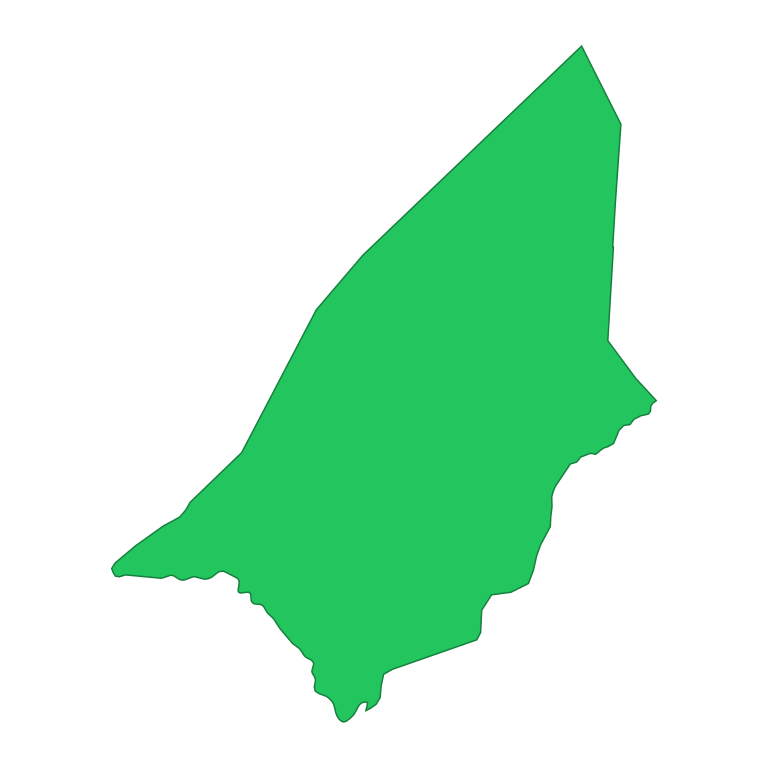 SVG path tracing the border of Brakna
{"feature_id": "MRT-2784", "entity_name": "Brakna", "entity_type": "Region", "adm_level": 1, "iso_a3": "MRT", "parent_name": "Mauritania", "parent_adm1": "", "projection": "equal_earth", "projection_center": [-13.723, 17.338], "detail": "fine", "context": "isolated", "style": "filled", "palette": "green", "viewbox_px": 768, "rotation_deg": 0, "n_neighbors": 0, "source": "natural_earth", "source_scale": "10m", "svg_char_len": 1895}
<svg xmlns="http://www.w3.org/2000/svg" viewBox="0 0 768 768"><path d="M119.2,576.8L115.4,576.1L113.2,572.5L111.7,568.5L115.1,563.0L135.3,546.0L163.6,525.8L179.7,517.1L185.9,509.8L190.2,502.2L191.6,500.9L241.7,452.6L316.3,309.8L362.7,255.4L420.5,200.1L581.6,46.1L620.9,124.2L615.5,200.7L612.7,247.1L613.4,247.1L607.8,340.7L635.8,378.5L656.3,400.7L653.1,402.9L650.8,405.9L650.5,411.0L648.5,414.0L640.5,415.9L633.8,419.4L630.0,424.5L623.6,425.5L619.0,430.4L613.6,443.4L608.1,446.6L603.8,448.0L600.0,450.6L597.7,452.8L595.2,454.4L592.6,453.5L589.8,453.5L580.6,457.1L578.8,459.6L576.5,462.1L570.3,464.0L555.5,486.1L553.3,491.1L551.7,496.9L552.0,506.8L550.8,516.4L550.3,526.7L540.5,545.0L536.6,555.9L533.4,570.3L528.4,583.5L511.0,592.2L491.6,594.8L481.7,610.2L480.6,632.5L476.8,639.8L392.4,669.3L383.6,674.3L381.2,685.6L380.1,697.7L376.2,704.2L370.2,708.5L365.9,710.6L367.1,705.9L367.5,702.3L365.5,702.0L363.6,702.2L361.8,702.8L360.0,704.2L358.5,706.1L354.8,713.0L353.4,715.1L350.0,718.4L346.7,720.9L345.0,721.7L343.3,721.9L341.6,721.3L339.7,719.8L338.1,717.8L336.8,715.3L335.8,712.7L334.0,705.2L333.0,702.9L331.7,701.0L328.4,697.8L326.7,696.5L318.6,693.4L315.1,690.9L314.3,686.5L315.4,681.5L315.3,679.1L314.4,676.6L312.3,673.2L311.9,671.4L312.3,669.0L313.6,664.7L313.5,662.8L312.2,660.9L310.3,659.5L306.3,657.5L304.4,655.9L300.8,650.3L299.4,648.6L292.6,643.5L280.3,629.0L273.3,618.4L268.4,613.9L266.9,612.1L263.4,606.2L261.7,604.9L259.4,604.3L254.4,603.9L252.3,602.6L251.2,600.4L250.9,595.5L250.3,593.3L248.3,592.1L240.3,593.0L238.4,591.9L238.1,589.7L239.1,584.4L239.2,581.4L238.4,579.3L236.8,577.9L223.7,571.2L219.6,571.5L217.7,572.5L212.2,576.8L210.2,578.0L208.0,578.7L205.8,579.1L203.6,579.0L195.2,576.8L193.0,576.8L184.3,580.0L182.1,580.1L179.8,579.6L174.0,576.0L172.2,575.3L170.1,575.4L163.1,577.8L160.8,578.2L125.5,574.9L119.2,576.8Z" fill="#22c55e" stroke="#15803d" stroke-width="1.5"/></svg>